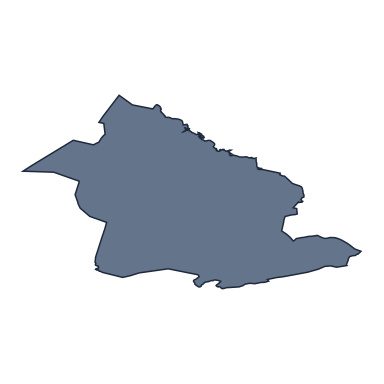 Hol nor, Buskerud, Norway (Natural Earth projection)
{"feature_id": "86288312B33339816949909", "entity_name": "Hol nor", "entity_type": "district", "adm_level": 2, "iso_a3": "NOR", "parent_name": "Norway", "parent_adm1": "Buskerud", "projection": "natural_earth1", "projection_center": [8.123, 60.604], "detail": "fine", "context": "isolated", "style": "filled", "palette": "slate", "viewbox_px": 384, "rotation_deg": 0, "n_neighbors": 0, "source": "geoboundaries", "source_scale": "gbopen_adm2", "svg_char_len": 5847}
<svg xmlns="http://www.w3.org/2000/svg" viewBox="0 0 384 384"><path d="M119.1,95.3L102.8,116.6L98.9,122.4L103.8,123.4L105.1,134.1L102.7,136.5L101.2,138.3L98.9,142.1L93.4,144.8L73.3,140.3L31.8,165.5L23.0,171.2L53.7,172.2L79.2,181.2L78.9,182.8L75.1,194.7L77.8,202.3L78.1,203.8L80.2,208.2L89.8,216.4L106.6,222.4L104.9,228.6L104.4,230.3L104.0,231.1L102.8,235.0L102.5,235.6L95.6,257.2L95.1,262.3L95.5,262.6L95.4,262.7L95.5,263.0L95.8,263.7L95.6,264.0L95.6,264.3L95.4,264.5L95.4,264.9L95.5,265.1L96.2,265.6L97.5,265.8L97.8,266.0L97.9,266.4L98.4,266.4L98.5,266.6L98.4,266.7L98.5,267.4L98.4,267.5L98.5,267.8L98.3,268.1L97.7,268.5L96.1,268.7L96.1,268.9L95.8,269.3L96.1,269.3L96.1,269.5L96.8,269.7L97.0,269.9L96.8,269.8L96.8,270.0L97.4,269.9L97.5,270.0L97.7,269.9L97.8,269.8L98.3,270.0L98.6,270.3L98.6,270.7L99.2,270.8L99.4,271.2L100.1,271.3L101.4,271.8L102.4,272.4L122.7,277.4L130.3,275.7L139.2,272.9L168.2,268.8L198.1,274.8L199.2,276.6L196.4,278.9L193.7,280.3L193.5,281.3L194.8,283.2L194.8,284.0L195.8,285.0L197.5,286.2L199.0,287.0L200.2,286.8L200.7,286.5L200.8,286.3L201.0,286.3L201.3,285.9L201.3,285.5L201.6,285.2L201.7,284.9L203.1,284.1L203.7,283.5L204.3,282.7L205.0,282.5L205.5,282.1L208.8,281.6L210.4,280.8L210.9,280.7L211.6,280.6L213.0,280.7L213.7,280.1L215.5,280.0L218.0,280.4L219.5,280.9L220.7,281.2L220.7,281.5L219.5,282.7L219.2,282.8L218.8,283.3L216.3,285.2L216.1,285.7L216.9,286.4L217.3,286.6L218.4,287.0L218.9,286.7L219.9,286.9L221.0,287.5L221.2,288.2L221.9,288.4L222.3,288.7L222.8,288.6L223.3,288.6L223.8,288.3L224.1,288.4L224.8,288.2L226.3,287.7L239.0,286.9L243.0,285.6L245.0,284.2L249.7,283.3L255.0,283.7L261.2,282.4L262.6,282.5L265.4,282.1L268.7,281.1L267.3,279.5L276.9,277.5L283.4,276.7L307.7,272.2L318.6,269.1L324.8,266.4L330.5,265.9L336.6,267.2L341.7,266.4L342.9,266.1L343.6,266.1L346.9,265.5L346.3,264.9L347.9,260.9L348.6,258.4L349.6,256.6L352.7,255.7L355.3,255.5L355.9,255.1L356.7,254.4L357.6,254.2L358.0,254.1L361.0,251.3L354.6,248.9L350.3,245.5L347.1,243.2L342.5,240.6L340.6,239.6L338.0,238.6L335.9,237.9L333.9,237.6L330.1,237.5L326.9,238.3L324.3,238.4L321.1,237.2L317.4,235.4L312.0,236.2L308.4,236.4L304.0,237.4L302.8,237.4L296.2,238.6L294.9,240.0L293.3,241.0L290.1,237.3L287.2,234.7L281.7,230.9L283.8,221.4L283.8,220.6L284.5,217.9L285.2,216.5L291.1,215.0L295.5,214.5L297.2,214.0L296.7,208.6L293.2,207.8L298.3,202.1L298.5,202.5L298.9,202.6L299.2,202.5L299.2,202.3L301.8,202.2L302.5,201.8L302.8,201.3L302.7,201.2L302.4,201.2L301.7,201.5L301.5,201.1L301.5,200.4L301.5,200.1L300.9,199.3L301.4,198.8L301.5,198.5L302.2,197.8L302.2,197.5L303.8,197.2L303.9,196.2L304.0,195.7L304.0,195.2L303.6,194.4L303.0,192.7L303.0,191.5L302.2,188.1L301.4,186.9L299.6,185.9L295.2,184.5L292.2,183.3L287.5,178.8L284.5,176.1L283.2,176.1L282.4,175.9L281.9,175.5L280.2,175.0L279.9,174.7L280.1,174.5L280.0,174.3L280.0,173.9L280.2,173.2L263.0,169.6L258.1,169.3L258.0,169.2L259.4,169.1L260.3,168.7L261.7,168.8L261.7,168.5L259.4,168.2L257.2,167.2L256.7,166.1L256.8,164.6L256.6,162.7L256.1,161.5L256.2,160.4L256.0,158.4L256.1,158.0L254.5,158.4L254.1,158.3L253.2,158.5L253.0,158.3L252.8,158.1L251.9,158.0L252.0,157.9L251.9,157.8L252.0,157.6L251.9,157.5L250.1,157.7L249.8,157.9L249.5,157.8L248.8,157.8L248.5,157.6L247.8,157.4L247.6,157.2L247.3,157.1L247.2,157.0L247.4,156.9L247.1,157.0L246.8,156.8L243.6,157.0L239.7,157.0L236.5,155.8L233.6,155.2L230.4,155.8L229.4,154.2L231.6,153.9L227.9,151.6L230.4,150.5L230.9,150.2L229.6,150.1L228.8,150.5L227.9,150.8L227.8,151.0L226.6,151.0L226.1,151.3L224.3,150.1L224.1,149.6L224.0,149.4L223.4,149.4L223.4,149.6L223.5,149.8L223.4,150.0L223.1,149.9L222.9,149.7L222.4,149.8L222.3,149.6L221.2,150.0L220.3,149.5L220.1,149.6L220.2,150.1L219.7,150.2L219.9,150.6L219.9,150.9L219.5,150.9L219.3,151.2L219.1,151.3L217.9,151.3L217.2,150.8L216.8,150.8L216.4,150.5L216.3,150.1L216.9,150.2L217.1,150.2L216.9,149.9L216.1,149.7L216.1,149.2L216.4,149.0L216.4,148.7L216.1,148.7L215.6,148.4L214.8,148.3L214.1,147.6L213.9,147.6L213.6,147.4L213.4,146.8L214.6,144.9L214.7,144.2L214.6,143.9L214.2,143.3L213.3,142.5L210.8,140.8L210.0,140.4L208.3,140.4L205.0,141.1L203.0,139.8L202.0,139.8L201.7,139.4L202.1,139.5L202.1,139.4L201.8,138.4L201.6,138.0L200.4,138.3L200.2,138.3L200.0,137.7L198.8,136.6L199.4,136.1L200.0,136.0L200.1,135.6L200.3,135.5L200.6,135.5L200.7,135.8L200.5,136.3L200.2,136.7L200.1,136.8L200.3,136.9L201.1,136.8L201.5,137.3L202.5,137.6L203.4,138.1L203.6,138.1L203.9,137.9L203.7,137.7L203.8,137.6L203.7,137.3L204.0,137.1L203.6,136.7L203.6,136.3L203.4,136.2L201.2,134.5L201.4,134.1L199.3,132.8L199.1,132.9L198.2,132.6L198.4,133.0L198.7,133.7L198.9,133.7L198.9,133.3L199.1,133.4L199.3,134.6L199.2,134.8L198.8,134.8L197.8,134.2L197.6,134.2L197.3,134.3L197.0,134.7L196.8,134.7L192.2,132.5L191.9,132.5L191.0,131.8L191.0,131.6L190.7,131.5L190.5,131.1L189.3,130.8L188.0,130.2L187.6,130.2L187.2,130.2L187.0,129.9L186.7,129.7L185.0,131.3L184.4,131.4L183.8,131.7L183.4,131.8L183.8,131.4L184.6,131.2L185.9,130.2L185.6,129.9L185.7,129.2L185.3,128.6L184.9,127.9L185.3,127.9L186.0,128.8L186.3,128.7L186.0,128.4L187.2,128.4L187.2,128.9L187.8,129.4L187.7,129.5L188.3,129.7L188.3,129.9L188.5,130.2L188.9,130.3L189.1,130.1L189.1,129.7L188.8,129.1L189.4,129.0L189.5,128.8L189.2,128.6L188.7,128.7L188.0,128.4L188.1,127.6L187.7,126.7L188.0,126.2L188.0,125.9L187.7,125.4L187.2,125.0L187.2,124.6L187.0,124.3L183.2,125.0L182.5,121.6L182.3,121.2L181.7,120.5L180.4,119.8L179.4,119.5L178.1,119.1L175.2,118.7L172.1,118.7L170.0,117.6L169.1,117.4L165.9,117.3L165.4,117.2L165.1,116.8L165.1,116.1L164.9,116.0L164.8,115.7L163.8,114.9L163.7,114.4L163.4,114.1L162.6,113.6L162.2,112.9L161.6,112.6L161.2,112.1L161.3,111.8L160.5,111.0L160.6,110.2L161.3,109.3L161.2,109.0L160.6,108.4L160.7,108.0L160.6,107.6L159.7,106.3L159.3,105.9L158.4,105.6L157.7,104.8L156.3,104.8L154.8,106.3L152.8,108.9L132.4,104.9L119.1,95.3Z" fill="#64748b" stroke="#1e293b" stroke-width="1.5"/></svg>